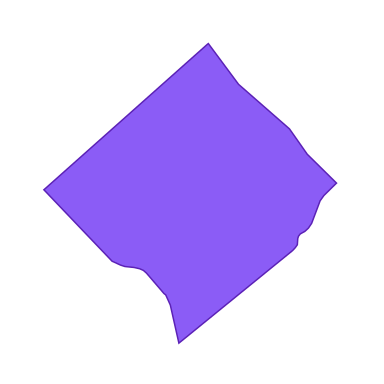 the border of Trelawny, rotated 40°
{"feature_id": "JAM-1375", "entity_name": "Trelawny", "entity_type": "Parish", "adm_level": 1, "iso_a3": "JAM", "parent_name": "Jamaica", "parent_adm1": "", "projection": "robinson", "projection_center": [-77.552, 18.351], "detail": "fine", "context": "isolated", "style": "filled", "palette": "violet", "viewbox_px": 384, "rotation_deg": 40, "n_neighbors": 0, "source": "natural_earth", "source_scale": "10m", "svg_char_len": 533}
<svg xmlns="http://www.w3.org/2000/svg" viewBox="0 0 384 384"><g transform="rotate(40 192 192)"><path d="M109.1,67.8L158.5,79.6L226.1,81.0L256.0,89.0L297.0,92.3L296.8,94.0L295.3,109.9L295.8,116.4L303.8,139.1L304.4,144.8L303.8,149.5L301.9,154.5L302.0,157.4L302.9,159.6L306.6,164.7L306.9,168.3L306.7,172.2L279.1,316.2L248.0,292.5L238.0,287.7L235.8,287.8L209.2,283.4L205.2,283.3L201.3,284.4L196.2,287.0L188.5,292.2L184.3,293.9L175.3,296.4L77.1,285.5L108.8,69.2L109.1,67.8Z" fill="#8b5cf6" stroke="#5b21b6" stroke-width="1.5"/></g></svg>